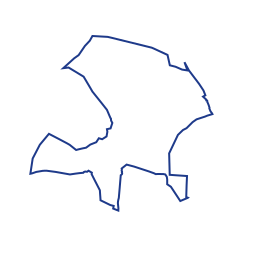 the district of Santo Domingo Yanhuitlán, Oaxaca, Mexico, rotated 26°
{"feature_id": "50627088B16686232310096", "entity_name": "Santo Domingo Yanhuitlán", "entity_type": "district", "adm_level": 2, "iso_a3": "MEX", "parent_name": "Mexico", "parent_adm1": "Oaxaca", "projection": "orthographic", "projection_center": [-97.341, 17.526], "detail": "fine", "context": "isolated", "style": "outline", "palette": "blue", "viewbox_px": 256, "rotation_deg": 26, "n_neighbors": 0, "source": "geoboundaries", "source_scale": "gbopen_adm2", "svg_char_len": 1879}
<svg xmlns="http://www.w3.org/2000/svg" viewBox="0 0 256 256"><g transform="rotate(26 128 128)"><path d="M59.5,167.9L56.1,181.7L55.7,197.2L60.3,211.9L61.6,210.9L63.0,209.5L64.8,207.7L70.4,203.7L73.5,202.1L82.2,199.2L96.2,195.2L100.7,192.1L103.9,190.0L107.5,187.8L107.6,187.0L108.6,185.9L110.1,185.4L110.5,185.2L111.2,183.7L115.1,184.0L115.5,185.4L120.9,189.5L130.0,196.3L131.6,199.1L133.7,202.7L135.0,205.0L145.9,205.0L149.3,204.3L149.6,205.4L150.0,206.9L155.5,206.5L154.6,204.4L151.8,199.9L151.3,198.6L150.8,196.9L150.4,194.9L147.1,186.3L142.8,175.2L142.2,173.7L142.8,172.2L142.7,171.5L142.4,171.0L142.2,170.8L142.0,170.7L141.9,170.1L141.7,169.7L141.4,169.6L140.8,168.8L140.8,168.4L140.6,167.9L140.4,167.3L140.1,167.1L142.8,161.5L150.4,160.0L165.6,157.9L171.1,157.3L173.1,157.3L175.1,156.2L180.0,153.9L181.9,153.4L184.3,154.9L185.8,157.1L187.9,161.4L192.3,162.0L207.0,170.7L212.3,164.6L212.4,164.4L210.6,164.5L205.6,153.4L202.1,145.3L196.9,147.4L191.5,149.6L186.0,151.8L185.8,151.4L181.8,143.7L176.7,133.9L176.1,132.8L175.9,112.3L178.3,105.7L180.7,102.5L183.5,94.4L185.8,90.2L192.3,83.9L193.7,82.3L194.1,81.9L197.8,78.5L197.3,78.1L194.8,76.8L192.5,74.7L192.4,74.1L190.4,72.0L188.6,70.4L188.0,70.0L187.3,68.8L186.7,68.6L186.2,68.8L185.9,68.2L181.7,66.9L183.2,64.7L179.4,61.2L172.6,57.2L157.6,49.6L149.9,44.1L156.2,50.2L151.0,51.8L143.9,52.1L138.1,53.3L131.5,45.0L116.2,45.3L114.1,45.4L73.7,54.1L69.8,55.0L55.7,60.9L55.4,66.3L53.3,73.1L51.7,84.1L49.1,88.9L43.6,102.6L48.1,99.7L65.6,101.3L76.4,108.4L80.1,110.9L93.0,117.0L101.1,120.9L107.7,126.6L108.6,127.1L109.3,128.4L109.9,129.0L111.7,130.3L112.5,136.0L109.6,138.3L111.1,140.4L112.4,145.0L109.7,149.4L106.3,150.0L105.7,154.7L101.4,159.4L99.0,164.0L97.4,165.3L97.2,165.4L95.3,166.9L94.2,167.8L94.0,168.0L93.8,168.1L91.0,170.5L83.0,168.7L80.0,168.5L71.1,168.2L59.5,167.9Z" fill="none" stroke="#1e3a8a" stroke-width="2"/></g></svg>